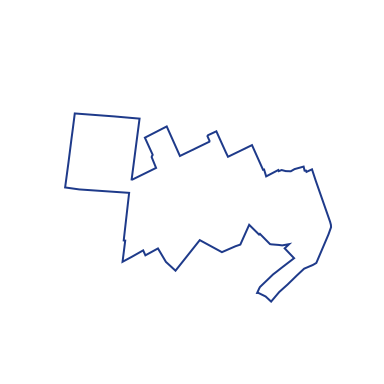 Traian, Teleorman, Romania, rotated 313°
{"feature_id": "2599482B68031069657240", "entity_name": "Traian", "entity_type": "district", "adm_level": 2, "iso_a3": "ROU", "parent_name": "Romania", "parent_adm1": "Teleorman", "projection": "equal_earth", "projection_center": [24.993, 43.785], "detail": "fine", "context": "isolated", "style": "outline", "palette": "blue", "viewbox_px": 384, "rotation_deg": 313, "n_neighbors": 0, "source": "geoboundaries", "source_scale": "gbopen_adm2", "svg_char_len": 1309}
<svg xmlns="http://www.w3.org/2000/svg" viewBox="0 0 384 384"><g transform="rotate(313 192 192)"><path d="M165.8,324.6L178.4,324.0L189.5,325.0L191.7,325.1L202.5,325.6L212.4,326.3L221.2,330.2L224.9,331.3L253.9,320.8L261.1,317.7L262.7,316.0L264.4,313.3L284.8,274.5L290.4,264.3L284.8,262.0L285.4,260.8L284.4,259.8L286.7,256.3L278.7,251.4L274.5,250.1L271.2,246.3L269.2,242.6L266.4,241.2L266.9,240.1L254.0,235.6L257.6,229.4L256.7,228.8L267.2,203.9L242.3,194.3L244.1,189.7L247.6,181.3L253.0,168.4L250.7,167.5L244.5,165.0L243.4,165.2L241.3,170.0L240.6,170.4L210.1,158.6L213.7,150.1L222.7,128.8L199.6,120.5L192.8,136.9L192.5,137.7L191.9,138.1L190.9,138.2L190.0,138.7L185.1,149.3L160.4,139.9L160.0,139.3L171.2,131.3L189.6,118.1L209.9,103.6L205.5,98.0L194.1,83.4L169.5,52.7L158.1,60.9L149.1,67.3L138.0,75.3L129.1,81.7L108.8,96.1L117.0,107.8L148.5,146.6L110.0,175.1L110.9,176.3L93.6,188.8L103.3,192.1L116.0,196.1L113.9,201.1L127.5,205.6L123.1,220.6L123.2,233.6L162.1,230.5L168.4,254.9L182.0,260.8L186.5,263.2L190.9,261.7L207.0,256.2L206.8,263.1L206.6,270.1L207.7,270.2L207.1,284.6L207.8,285.7L212.4,291.5L214.5,294.4L220.1,298.6L214.0,298.2L213.2,311.8L197.7,309.2L191.2,308.2L187.1,307.5L168.9,306.5L167.0,307.0L162.6,308.5L163.5,309.5L165.8,317.1L165.8,324.6Z" fill="none" stroke="#1e3a8a" stroke-width="2"/></g></svg>